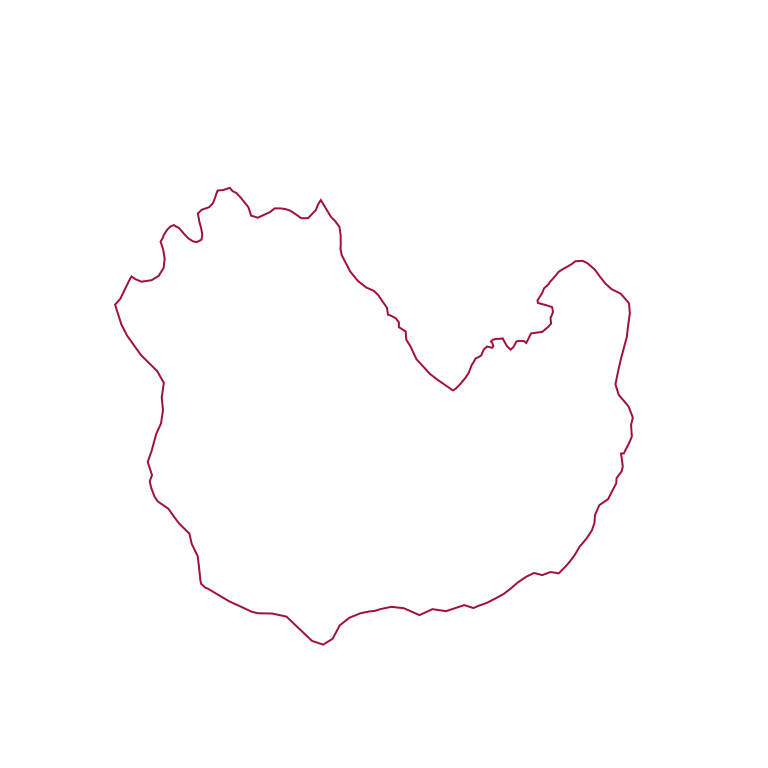 outline of Kerouane, Kérouané, Guinea, rotated 64°
{"feature_id": "49546643B6018429350706", "entity_name": "Kerouane", "entity_type": "district", "adm_level": 2, "iso_a3": "GIN", "parent_name": "Guinea", "parent_adm1": "Kérouané", "projection": "orthographic", "projection_center": [-9.183, 9.346], "detail": "fine", "context": "isolated", "style": "outline", "palette": "rose", "viewbox_px": 768, "rotation_deg": 64, "n_neighbors": 0, "source": "geoboundaries", "source_scale": "gbopen_adm2", "svg_char_len": 3105}
<svg xmlns="http://www.w3.org/2000/svg" viewBox="0 0 768 768"><g transform="rotate(64 384 384)"><path d="M627.4,314.7L630.8,309.9L627.5,300.4L624.7,294.2L621.3,287.5L616.0,279.6L611.7,269.8L606.7,261.3L601.1,255.7L594.3,251.8L587.3,243.6L585.7,233.0L581.6,227.7L578.6,223.6L575.1,218.8L570.6,216.3L566.5,208.4L562.7,205.5L550.4,201.4L551.5,198.9L544.2,189.2L539.9,184.3L529.1,179.9L523.3,175.1L511.4,174.0L496.7,177.8L485.7,176.1L474.8,167.7L465.1,159.9L457.1,152.9L448.1,145.1L441.0,140.6L428.3,132.1L418.8,128.4L406.7,131.6L398.5,137.9L390.7,141.0L381.4,143.0L373.5,144.4L364.4,148.3L360.3,151.6L357.6,158.2L358.5,162.7L358.9,168.0L359.1,172.5L359.7,177.8L361.8,182.3L363.5,186.2L365.0,190.1L366.3,192.0L368.2,198.3L371.6,202.0L376.1,209.4L378.7,210.1L384.4,203.5L388.7,199.2L393.5,200.6L397.8,205.5L402.9,207.3L404.6,211.2L406.5,218.9L403.0,229.6L409.5,238.2L406.8,239.3L404.6,243.4L403.8,246.2L407.5,251.4L408.7,255.1L403.9,256.9L398.6,257.2L395.1,257.3L394.0,260.6L392.6,263.4L391.9,266.9L392.7,269.3L394.4,268.7L398.0,269.1L398.9,270.9L395.5,274.9L396.6,278.9L398.2,281.0L400.9,284.0L401.3,287.1L401.2,290.6L403.3,293.3L405.5,297.0L411.1,302.9L414.0,307.9L417.3,314.9L419.7,321.7L419.9,324.9L403.9,333.9L395.5,338.1L386.5,340.8L376.0,344.0L362.4,343.7L353.9,344.5L346.3,341.5L339.4,345.7L335.2,343.6L330.0,344.6L325.4,348.0L323.6,350.0L316.6,347.9L310.2,349.0L301.5,350.2L296.0,352.2L289.4,357.7L279.9,362.3L267.9,365.1L258.7,365.3L249.7,365.5L243.7,364.0L239.6,361.7L231.4,357.8L223.3,355.2L216.1,356.5L210.6,358.4L206.3,358.8L191.0,360.1L193.5,364.3L197.8,369.0L197.9,369.4L201.7,379.5L198.7,385.7L193.7,388.4L187.1,392.3L183.3,396.2L180.6,400.4L179.2,403.4L178.2,405.4L179.5,411.0L179.2,424.5L174.5,429.6L165.6,428.4L153.2,431.2L147.5,433.0L144.2,435.6L140.1,436.6L139.2,443.5L137.2,448.8L140.6,452.4L142.0,453.6L146.4,458.4L148.4,463.6L148.1,466.5L147.5,471.3L149.1,476.5L157.5,478.9L163.5,480.0L169.9,481.7L174.3,484.8L174.4,490.1L173.7,491.0L172.2,493.0L167.8,495.8L162.2,497.7L154.4,499.7L149.0,503.3L148.8,506.9L150.4,511.5L153.8,516.9L155.7,518.7L158.1,522.4L166.3,523.5L175.2,526.2L183.0,531.1L188.1,539.2L188.8,547.4L185.8,557.0L180.9,561.4L176.7,563.8L179.3,567.7L191.8,583.6L194.6,590.5L194.7,590.9L215.7,594.0L228.0,593.7L251.7,589.7L273.0,582.2L286.5,581.4L298.7,589.7L310.6,594.1L321.6,601.6L329.1,610.7L341.8,621.8L350.5,630.5L364.3,632.5L368.7,637.2L375.4,638.8L384.9,639.6L390.4,638.8L401.5,632.5L411.4,630.9L419.7,629.3L433.1,624.5L443.4,626.9L456.8,626.9L466.3,630.1L472.6,632.4L479.6,635.0L483.4,635.9L486.4,634.8L488.3,634.1L491.1,631.8L511.5,618.4L517.7,613.3L521.9,609.8L530.2,603.2L532.0,601.2L534.8,597.8L541.3,585.1L549.3,574.9L550.3,573.6L562.8,569.0L583.4,561.3L589.0,555.6L591.6,552.9L590.4,541.8L581.5,529.5L578.9,517.6L579.7,506.0L581.8,497.5L583.9,491.7L584.8,485.7L587.5,475.1L594.2,464.5L596.2,462.8L607.3,453.4L607.6,439.2L615.4,427.7L617.9,408.8L624.6,401.8L624.8,396.4L625.8,387.4L625.6,378.1L625.2,368.7L623.4,359.8L621.0,350.6L619.6,340.9L619.6,335.4L619.6,332.0L625.1,325.6L626.0,316.8L627.4,314.7Z" fill="none" stroke="#9f1239" stroke-width="2"/></g></svg>